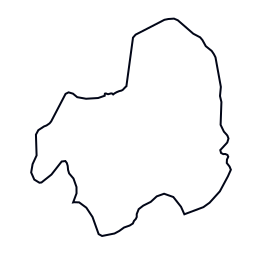 map outline of Zanjan (orthographic projection), rotated 86°
{"feature_id": "IRN-3234", "entity_name": "Zanjan", "entity_type": "Province", "adm_level": 1, "iso_a3": "IRN", "parent_name": "Iran", "parent_adm1": "", "projection": "orthographic", "projection_center": [48.438, 36.394], "detail": "fine", "context": "isolated", "style": "outline", "palette": "ink", "viewbox_px": 256, "rotation_deg": 86, "n_neighbors": 0, "source": "natural_earth", "source_scale": "10m", "svg_char_len": 1361}
<svg xmlns="http://www.w3.org/2000/svg" viewBox="0 0 256 256"><g transform="rotate(86 128 128)"><path d="M183.2,31.7L197.6,40.8L208.2,51.8L212.2,58.3L218.0,77.8L210.3,80.6L200.0,87.6L196.1,96.6L198.2,104.1L203.3,110.5L206.5,118.2L209.7,123.0L214.5,125.3L217.4,125.5L219.2,126.5L221.1,128.5L223.6,129.8L225.4,133.1L227.0,138.9L230.1,143.9L232.3,148.8L233.9,161.4L231.8,164.7L214.3,169.6L204.6,175.1L198.8,181.9L198.3,186.6L198.4,187.9L189.6,183.9L183.3,183.5L174.6,185.9L169.2,189.9L165.7,190.7L161.6,190.8L158.6,191.5L156.6,192.8L156.8,196.5L169.1,207.6L176.3,218.1L176.4,220.2L172.9,225.1L165.6,227.7L157.4,225.7L149.0,221.1L128.2,220.3L123.9,217.6L120.6,211.7L119.8,209.1L117.9,205.9L116.1,204.2L89.6,187.9L88.3,184.8L89.9,180.5L93.7,176.5L95.9,167.8L96.0,155.7L94.2,149.0L92.5,148.8L92.1,148.6L92.0,147.7L92.3,147.0L92.7,146.2L92.9,145.4L92.3,142.5L92.5,141.5L93.5,140.5L92.6,139.2L91.5,136.9L90.6,134.2L90.2,131.9L89.6,130.6L86.6,127.3L86.3,126.7L38.2,116.7L35.4,113.9L22.6,84.1L22.1,80.2L22.1,74.5L24.0,70.8L38.5,56.3L42.6,49.7L45.5,47.6L51.8,44.7L57.0,39.1L60.3,37.2L63.6,35.8L93.5,32.5L102.5,34.0L108.6,33.0L131.3,35.4L138.3,32.6L141.6,30.0L142.7,29.3L145.5,28.5L149.4,30.0L156.5,37.5L159.4,36.9L160.7,34.8L160.7,32.8L161.8,30.7L163.7,30.0L166.4,31.5L169.8,31.9L173.5,29.4L176.8,28.3L183.2,31.7Z" fill="none" stroke="#020617" stroke-width="2"/></g></svg>